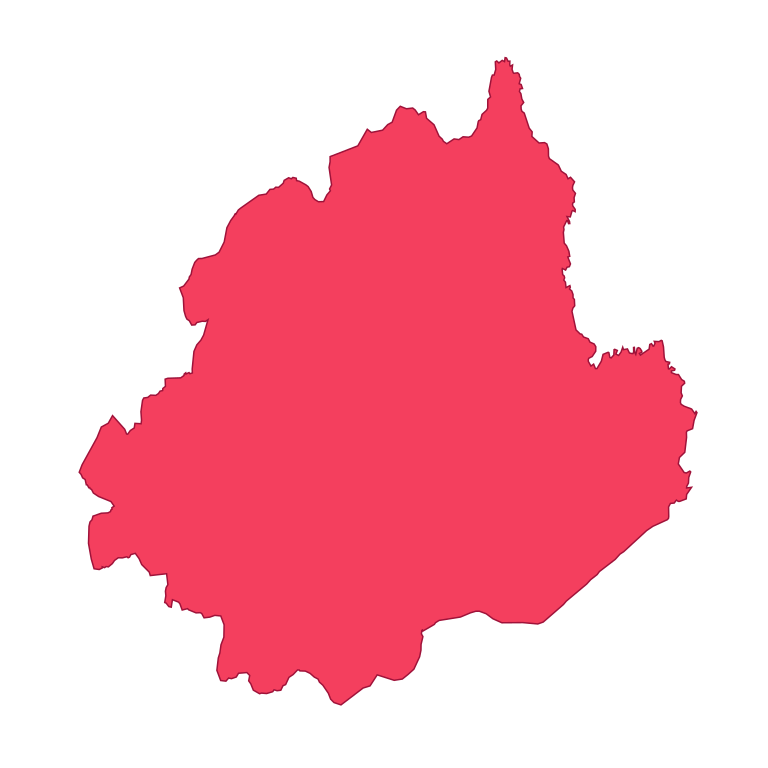 outline of Ngoma, Eastern, Rwanda, rotated 176°
{"feature_id": "39286606B28964371534134", "entity_name": "Ngoma", "entity_type": "district", "adm_level": 2, "iso_a3": "RWA", "parent_name": "Rwanda", "parent_adm1": "Eastern", "projection": "equal_earth", "projection_center": [30.488, -2.198], "detail": "fine", "context": "isolated", "style": "filled", "palette": "rose", "viewbox_px": 768, "rotation_deg": 176, "n_neighbors": 0, "source": "geoboundaries", "source_scale": "gbopen_adm2", "svg_char_len": 6093}
<svg xmlns="http://www.w3.org/2000/svg" viewBox="0 0 768 768"><g transform="rotate(176 384 384)"><path d="M90.5,248.3L89.8,252.7L84.4,259.5L89.4,259.2L89.1,260.9L87.2,263.9L86.5,269.5L84.2,274.9L85.0,275.8L88.7,274.1L90.8,274.8L96.0,283.7L94.4,290.1L88.7,294.9L85.9,309.6L85.7,314.8L84.9,316.1L79.3,317.9L77.2,326.1L73.8,333.6L74.6,334.9L76.0,332.8L78.9,337.6L86.1,340.9L89.0,343.0L89.6,344.8L89.2,347.9L87.2,351.3L88.2,354.5L87.4,361.0L84.0,363.8L84.2,365.8L86.8,367.7L89.6,372.9L92.0,373.1L96.5,375.3L96.4,377.0L93.2,377.4L92.7,378.7L96.0,381.2L98.2,379.2L99.2,379.3L99.3,383.9L97.9,384.2L97.5,385.7L101.2,386.8L102.1,388.6L102.6,391.1L102.6,401.5L103.5,407.7L104.4,408.2L106.7,407.1L111.4,407.7L110.8,405.8L112.2,403.1L112.9,402.9L114.4,405.6L116.1,404.9L117.1,400.3L126.2,394.9L127.1,396.7L124.7,397.6L124.5,398.7L126.0,401.5L127.4,402.5L128.9,402.0L130.8,395.9L131.6,397.7L131.7,403.1L132.5,403.0L132.7,398.8L133.4,397.1L134.3,397.0L137.0,397.8L138.7,402.0L142.7,401.6L143.3,404.0L145.3,399.3L148.0,396.1L150.6,397.7L148.9,401.2L151.4,402.5L152.1,402.2L152.7,396.9L155.6,394.2L156.8,394.7L157.5,399.6L158.2,400.0L163.4,398.3L165.6,391.6L170.5,384.5L172.0,384.6L173.5,389.2L176.3,387.5L177.0,388.9L178.6,392.3L178.5,394.2L177.9,395.4L174.4,396.9L170.5,401.9L170.1,406.4L171.6,409.3L175.6,411.4L177.1,414.9L181.7,417.0L183.3,419.9L184.9,420.3L188.7,424.6L191.4,443.4L190.3,446.5L188.3,448.7L188.2,455.1L189.4,456.7L189.2,460.1L190.2,463.7L192.3,465.8L191.4,467.5L191.7,469.2L195.7,467.5L195.9,472.9L197.4,475.1L196.4,477.3L196.7,479.1L198.1,480.7L198.3,485.9L198.0,486.8L194.9,485.0L193.3,487.7L190.9,488.1L189.6,490.8L191.8,497.9L189.8,498.4L190.3,503.5L192.3,509.1L194.4,512.0L194.5,522.7L193.7,525.4L193.9,528.1L190.3,534.3L189.6,534.2L188.7,531.1L187.5,531.1L187.6,533.2L189.8,538.3L186.5,537.7L184.4,543.4L183.6,543.9L181.3,542.6L181.1,544.9L183.2,548.4L183.4,550.0L183.1,551.3L181.4,552.4L181.4,556.6L179.7,560.8L182.1,564.3L182.3,566.5L181.8,568.8L179.8,572.4L183.5,577.2L186.1,575.9L187.7,580.3L192.3,583.9L194.8,590.3L203.3,597.3L204.0,599.8L203.6,607.2L204.8,612.1L207.0,613.6L212.5,613.6L219.2,620.6L218.6,625.2L221.3,629.1L225.2,644.5L227.4,646.4L228.0,648.8L227.9,652.0L225.0,655.1L226.6,658.6L227.2,664.1L228.5,666.3L227.7,668.9L225.2,669.1L226.3,673.2L228.2,674.1L226.3,679.5L227.3,681.3L227.5,683.5L228.9,685.1L232.8,684.9L233.4,685.5L234.3,688.9L233.5,693.3L235.8,692.2L236.3,693.6L235.9,697.3L237.7,697.3L239.1,700.7L240.4,701.1L241.3,697.2L243.5,698.6L247.0,696.3L249.0,698.4L250.5,697.6L250.6,690.0L252.6,684.5L254.3,684.6L255.4,682.3L258.9,668.7L257.7,662.9L260.6,660.7L261.3,651.9L262.6,649.9L267.4,646.1L269.1,640.9L271.1,640.1L271.7,639.1L273.3,633.0L279.3,625.3L282.3,624.3L287.9,625.1L292.2,622.6L297.0,623.6L304.6,619.3L307.8,621.9L308.8,624.2L311.8,627.4L316.0,639.1L323.0,646.1L323.7,652.6L325.7,652.9L330.8,650.2L333.8,655.2L336.1,657.3L342.4,657.0L348.4,659.9L352.4,656.3L357.6,644.6L362.2,642.5L367.7,637.3L379.1,635.8L382.9,639.3L393.5,623.4L421.9,614.6L422.3,609.3L423.7,603.9L422.4,586.2L424.7,582.3L424.0,580.5L427.8,576.6L431.5,570.2L436.7,570.4L440.1,572.8L441.9,575.1L443.2,581.1L445.9,586.2L448.0,588.1L454.3,592.2L457.0,593.0L457.2,595.4L460.5,596.4L462.2,595.2L464.7,596.4L469.4,594.1L470.5,591.3L475.5,587.5L478.2,587.9L480.6,586.1L484.2,586.1L488.2,581.7L495.7,581.0L514.8,569.4L517.2,567.7L520.0,563.7L520.9,564.7L520.6,564.3L521.7,562.3L525.5,557.8L529.8,550.9L533.5,536.8L539.3,527.0L543.3,524.5L556.8,521.9L560.3,522.1L562.2,520.6L564.3,518.5L567.4,511.9L568.8,506.7L570.7,504.4L571.3,502.2L577.0,495.7L581.2,494.1L578.2,484.1L578.4,471.1L577.2,465.3L576.1,462.5L573.8,460.7L571.7,456.2L568.3,456.2L566.4,458.4L560.9,459.3L557.8,458.9L555.1,460.4L560.5,445.4L563.6,440.5L568.0,436.1L571.3,429.8L574.3,412.3L574.4,408.4L576.9,407.8L577.7,409.0L580.8,407.8L581.0,409.0L582.6,407.9L583.0,406.4L586.4,404.3L599.3,404.8L602.0,404.1L602.2,396.9L604.9,395.0L605.3,392.9L607.9,392.5L609.7,390.2L612.4,388.6L617.6,389.2L620.6,387.1L624.6,386.8L626.0,384.6L628.4,373.3L628.4,364.8L629.1,361.3L635.2,362.1L636.2,357.6L640.3,355.3L643.2,351.8L644.3,352.1L645.8,356.9L657.0,371.4L661.8,364.1L669.0,360.8L674.0,350.5L690.8,324.5L694.2,317.2L692.5,315.0L691.2,311.4L688.8,309.6L688.0,304.2L687.0,304.0L685.7,301.1L684.8,301.2L684.4,300.0L683.1,299.2L681.5,295.5L676.6,291.7L664.6,285.8L661.7,281.0L664.1,279.6L664.1,278.0L665.2,277.4L665.8,275.8L668.4,274.7L675.1,274.8L683.5,272.5L684.8,268.9L686.9,266.9L688.2,262.7L689.9,245.6L688.2,229.7L686.1,219.9L681.0,218.8L677.7,220.2L677.8,221.3L675.5,220.3L674.0,221.3L671.7,220.8L667.5,223.8L665.1,226.8L661.2,229.2L657.1,228.8L652.6,229.6L651.4,228.5L650.0,229.0L648.4,231.5L643.9,232.4L640.5,226.9L638.3,220.8L631.3,212.7L630.5,209.2L614.1,209.9L613.6,198.9L615.5,196.2L616.5,192.5L616.4,188.0L618.0,181.3L616.6,180.6L614.2,177.0L611.8,176.2L610.1,183.6L604.1,180.7L602.9,178.9L601.1,172.6L595.6,173.6L594.7,172.4L587.5,168.8L583.2,168.7L581.8,167.7L579.8,163.3L574.0,163.6L568.9,165.0L563.0,164.0L560.3,155.0L561.4,142.6L564.8,135.2L566.5,127.1L568.4,122.3L570.7,110.0L567.6,99.6L562.4,98.6L559.5,101.5L556.7,100.7L551.8,102.0L549.3,105.6L540.9,105.7L538.3,102.6L539.7,97.3L537.8,94.2L535.7,87.7L529.7,83.7L527.8,84.2L522.7,83.4L516.5,84.8L515.0,86.6L512.1,85.5L508.3,85.7L505.8,90.1L503.1,91.0L499.3,98.0L494.9,100.5L490.2,104.8L488.5,104.6L488.0,103.7L482.5,103.1L477.9,100.5L474.0,96.5L470.4,94.3L469.2,91.1L466.0,87.8L461.1,79.4L459.2,73.3L456.1,69.7L449.3,66.9L426.0,82.2L419.0,83.8L411.1,94.3L394.5,87.7L386.3,88.4L380.4,92.5L374.1,97.4L367.5,109.4L365.7,115.9L365.2,121.6L362.8,129.3L364.1,132.1L363.4,135.6L362.7,135.9L362.3,134.9L350.5,140.7L349.3,142.3L345.5,144.3L324.0,146.2L313.7,149.7L308.3,150.9L304.8,150.7L298.1,147.7L291.7,142.2L283.1,137.6L262.2,136.3L247.3,133.9L241.8,135.4L220.4,151.5L217.3,154.7L195.8,170.3L191.5,174.4L184.7,179.0L182.2,181.9L165.6,192.9L160.4,197.9L156.6,200.0L132.2,219.5L125.7,223.3L110.8,228.9L109.6,230.1L109.2,231.9L108.7,241.5L106.6,244.9L102.8,245.0L100.4,247.8L98.7,246.4L97.2,246.3L90.5,248.3Z" fill="#f43f5e" stroke="#9f1239" stroke-width="1.5"/></g></svg>